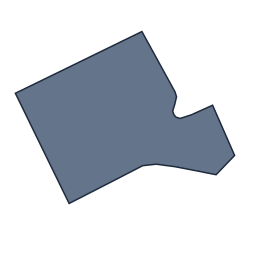 outline of A-Dakhla Oasis, Al Wadi at Jadid, Egypt, rotated 64°
{"feature_id": "37247803B63195966732086", "entity_name": "A-Dakhla Oasis", "entity_type": "district", "adm_level": 2, "iso_a3": "EGY", "parent_name": "Egypt", "parent_adm1": "Al Wadi at Jadid", "projection": "mercator", "projection_center": [27.396, 24.837], "detail": "fine", "context": "isolated", "style": "filled", "palette": "slate", "viewbox_px": 256, "rotation_deg": 64, "n_neighbors": 0, "source": "geoboundaries", "source_scale": "gbopen_adm2", "svg_char_len": 511}
<svg xmlns="http://www.w3.org/2000/svg" viewBox="0 0 256 256"><g transform="rotate(64 128 128)"><path d="M199.4,44.2L144.6,42.0L143.9,65.3L142.3,76.9L139.3,80.1L136.2,80.9L132.4,80.4L127.0,75.4L121.2,70.7L116.3,69.9L47.4,73.2L47.4,74.5L47.4,85.0L47.4,93.1L47.4,95.5L47.4,103.3L47.4,113.6L47.4,122.9L47.4,128.7L47.4,136.4L47.4,148.2L47.4,154.9L47.4,214.0L170.0,214.0L168.9,158.4L168.3,131.3L172.9,118.5L183.4,102.7L189.6,94.4L208.6,69.3L199.4,44.2Z" fill="#64748b" stroke="#1e293b" stroke-width="1.5"/></g></svg>